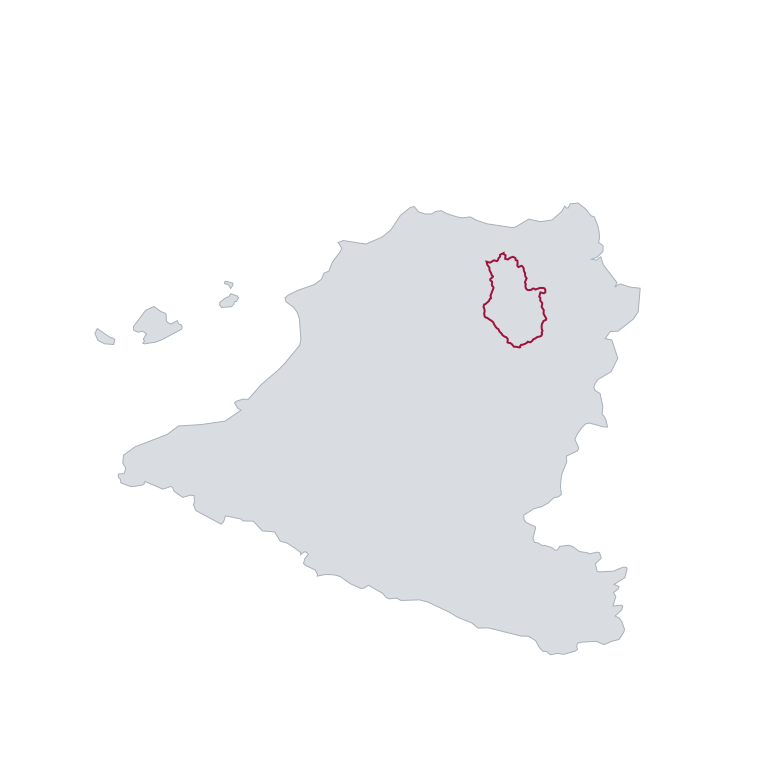 where Córdoba sits in Spain, rotated 194°
{"feature_id": "ESP-5817", "entity_name": "Córdoba", "entity_type": "Autonomous Community", "adm_level": 1, "iso_a3": "ESP", "parent_name": "Spain", "parent_adm1": "", "projection": "orthographic", "projection_center": [-4.923, 37.957], "detail": "medium", "context": "in_parent", "style": "outline", "palette": "rose", "viewbox_px": 768, "rotation_deg": 194, "n_neighbors": 0, "source": "natural_earth", "source_scale": "10m", "svg_char_len": 5625}
<svg xmlns="http://www.w3.org/2000/svg" viewBox="0 0 768 768"><g transform="rotate(194 384 384)"><path d="M402.4,181.4L402.5,183.4L406.0,187.0L416.1,188.9L418.7,190.4L418.5,195.6L416.2,200.2L418.5,202.0L420.9,201.9L423.7,198.2L424.4,200.5L429.1,202.5L439.4,206.2L446.6,206.4L454.4,214.1L466.4,212.0L477.7,219.3L487.8,217.0L490.1,218.4L505.9,217.7L506.3,211.3L508.1,208.6L536.0,215.7L539.7,220.9L539.4,223.6L541.3,229.8L544.9,229.3L551.8,225.3L561.5,229.0L564.3,232.7L566.2,232.9L573.0,228.5L592.3,231.6L592.8,228.5L594.1,227.5L601.8,224.1L605.0,223.2L615.3,224.4L616.9,227.9L619.0,229.1L620.1,232.1L614.4,234.5L614.2,239.9L618.4,244.2L619.5,252.0L610.2,263.0L582.2,282.6L573.3,293.5L551.6,300.4L529.2,309.6L516.4,324.1L520.0,325.0L524.4,329.4L523.2,331.5L517.4,335.1L512.0,336.3L503.0,353.8L490.0,372.0L485.2,380.2L475.2,401.2L475.4,407.1L482.0,427.1L485.4,432.3L490.1,436.5L498.7,439.9L501.0,443.5L498.3,447.3L490.2,454.1L475.9,463.4L470.0,470.5L469.0,477.1L464.8,480.2L463.6,489.5L458.2,502.5L458.0,505.8L462.8,510.2L458.3,513.3L435.5,515.4L421.6,525.9L414.7,535.0L408.8,551.7L401.2,561.6L397.7,563.5L392.2,559.4L385.4,558.9L378.9,560.5L375.6,564.0L370.2,566.0L364.9,564.5L353.6,563.8L348.5,564.1L340.6,567.0L333.8,565.2L322.4,564.4L297.6,566.8L294.5,567.9L283.5,579.0L271.5,579.3L260.6,583.8L253.2,594.5L251.8,600.3L249.6,598.9L247.9,599.4L247.0,603.8L239.4,606.5L231.0,602.8L224.0,597.4L220.3,597.0L214.4,588.6L211.9,583.2L210.1,577.5L210.1,573.4L204.8,571.0L203.6,565.8L207.5,559.0L212.7,555.3L207.9,555.5L204.4,559.9L200.1,552.7L182.4,538.7L183.5,533.8L180.4,537.4L178.3,538.3L169.2,537.5L158.6,538.9L154.8,515.5L157.7,507.4L169.8,491.8L177.2,489.7L180.3,481.6L173.6,481.8L163.4,465.7L166.5,451.0L177.3,440.3L179.2,435.8L179.6,431.7L177.7,428.8L172.0,427.0L166.3,415.3L165.2,407.9L160.5,403.7L156.7,396.4L160.3,395.5L175.2,395.8L178.8,394.0L181.6,389.2L184.6,381.3L185.4,376.5L179.8,369.4L179.6,368.0L180.4,365.7L189.5,358.2L187.8,352.4L189.6,340.3L189.0,333.2L188.1,327.4L185.2,319.9L187.3,316.9L192.0,314.4L195.8,308.3L201.2,303.3L208.3,299.3L216.7,290.5L215.4,286.5L212.7,284.1L202.7,282.2L202.0,280.4L202.2,270.7L199.7,266.7L196.1,267.1L190.6,265.3L189.2,266.3L182.1,265.9L177.2,264.0L175.1,265.5L174.4,268.9L166.0,272.2L161.4,271.9L153.8,268.7L145.1,269.5L144.1,268.7L136.5,272.4L134.0,272.4L131.1,267.5L135.4,260.7L132.1,254.0L129.9,253.7L115.9,258.0L107.7,264.1L104.5,264.7L103.4,263.5L103.4,254.5L112.2,245.2L106.9,244.3L107.3,241.5L110.9,237.2L107.6,233.8L108.1,224.0L100.5,226.8L98.6,226.3L98.7,222.4L103.6,214.8L98.9,213.7L95.4,210.6L91.2,204.0L91.4,200.7L94.2,192.9L100.8,189.5L107.3,184.3L115.9,185.7L129.0,181.6L133.6,179.3L133.6,176.0L132.1,173.5L133.6,171.3L144.3,165.1L150.6,164.6L157.1,161.5L161.3,163.8L165.1,163.1L169.4,165.8L174.9,171.7L183.2,174.2L189.9,172.6L224.0,172.6L233.7,169.9L241.2,173.5L255.7,175.3L264.5,178.2L288.7,183.1L297.5,183.1L315.1,178.1L319.9,179.3L326.9,176.8L330.3,177.3L334.7,180.6L350.3,184.9L354.3,180.9L357.3,180.0L368.5,182.1L379.9,186.6L385.8,186.8L394.3,185.2L402.4,181.4ZM626.6,375.3L630.9,376.9L635.2,374.7L637.6,375.1L640.0,375.8L640.9,379.4L633.0,398.0L625.9,403.5L618.0,400.3L613.5,399.7L612.0,398.4L610.5,392.8L608.3,391.1L605.4,390.6L599.8,395.5L597.8,392.7L594.9,392.3L593.7,390.6L593.6,388.2L610.5,373.0L615.5,369.5L626.2,365.0L628.0,365.3L626.7,367.6L628.4,369.4L626.6,375.3ZM676.8,363.3L675.6,368.4L661.5,363.1L657.1,362.8L655.9,361.9L655.9,356.9L664.8,355.4L672.2,357.1L676.8,363.3ZM555.7,431.0L554.4,434.6L547.5,433.8L545.9,432.5L547.1,428.4L549.0,427.8L549.0,425.0L550.8,422.0L560.2,419.0L562.5,420.8L563.1,423.5L557.9,430.0L555.7,431.0ZM563.3,444.6L562.4,445.4L555.0,445.3L554.6,443.0L555.9,439.6L558.8,442.6L563.2,442.9L563.3,444.6Z" fill="#d9dde1" stroke="#a8b0b8" stroke-width="1"/><path d="M314.1,527.5L310.6,527.4L309.8,527.9L307.9,530.1L307.1,530.6L304.2,530.5L303.4,531.9L303.3,533.6L302.2,535.7L302.6,537.5L299.6,540.0L299.3,539.0L297.2,538.3L296.7,534.8L293.9,534.8L292.2,537.0L289.6,538.6L287.0,538.0L286.2,536.1L284.4,536.0L284.1,534.8L283.6,533.6L283.3,531.2L282.6,530.4L281.7,530.0L279.3,531.9L278.4,531.8L276.6,530.2L275.4,527.2L273.8,525.6L273.7,524.2L272.7,522.4L271.1,520.9L271.4,519.9L271.8,517.3L271.6,516.2L270.6,515.3L270.5,514.8L270.6,513.6L270.1,512.3L269.4,511.2L268.5,510.4L267.3,510.0L266.2,510.1L263.8,511.1L262.7,512.6L261.6,512.8L260.4,512.6L259.9,512.3L256.0,514.9L252.9,515.7L251.3,515.6L250.3,514.5L249.7,512.0L250.8,510.7L254.4,510.7L254.5,506.3L253.1,505.3L252.7,503.1L252.2,502.4L250.2,501.0L249.8,499.9L249.8,497.5L249.5,496.7L246.9,494.4L246.2,490.8L242.3,486.6L242.3,485.5L244.5,483.7L244.7,482.1L245.1,481.3L245.3,480.5L245.0,477.8L244.0,475.1L243.1,474.0L243.4,471.9L242.7,470.7L243.0,468.9L243.9,468.0L246.7,466.6L248.4,464.6L249.8,463.7L250.6,461.8L251.5,460.5L252.3,459.8L254.8,459.8L255.1,459.0L255.7,458.2L257.1,457.0L259.2,455.5L260.5,455.2L261.1,453.6L260.8,452.7L261.0,452.4L261.5,452.2L265.0,452.1L267.0,451.6L269.5,453.5L271.0,454.2L273.8,454.1L274.3,454.3L274.6,456.9L275.3,458.1L276.9,459.0L278.4,459.1L280.8,460.1L281.4,460.5L281.9,461.3L283.5,462.1L285.1,463.3L286.1,464.8L287.9,465.4L289.1,466.2L291.6,468.5L292.9,470.3L295.3,471.5L297.1,472.0L300.0,473.2L301.2,473.1L302.6,473.8L303.9,476.7L303.9,478.5L304.2,479.8L304.7,480.9L306.1,482.9L306.1,485.4L305.0,485.9L302.4,489.8L301.8,492.2L300.9,493.1L302.0,495.4L301.0,503.6L301.2,504.3L301.7,504.8L302.8,505.5L303.4,506.2L303.6,508.6L304.0,509.5L305.5,510.1L306.1,510.6L306.2,511.6L304.5,513.9L304.3,514.7L304.7,515.1L305.7,515.5L306.9,517.5L309.0,519.7L310.1,522.7L312.4,524.4L314.1,527.5Z" fill="none" stroke="#9f1239" stroke-width="2"/></g></svg>